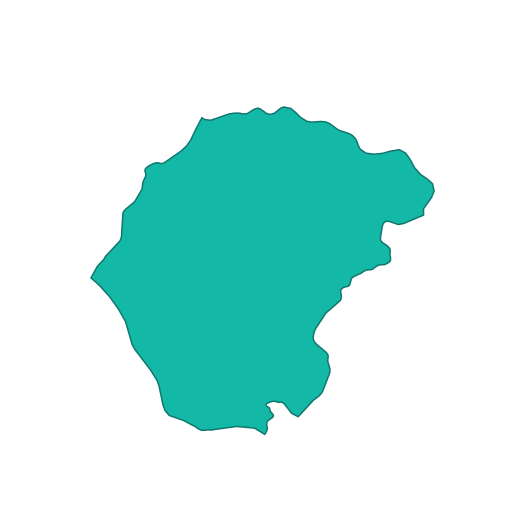 the Province of Phetchaburi, rotated 132°
{"feature_id": "THA-419", "entity_name": "Phetchaburi", "entity_type": "Province", "adm_level": 1, "iso_a3": "THA", "parent_name": "Thailand", "parent_adm1": "", "projection": "mercator", "projection_center": [99.57, 12.939], "detail": "fine", "context": "isolated", "style": "filled", "palette": "teal", "viewbox_px": 512, "rotation_deg": 132, "n_neighbors": 0, "source": "natural_earth", "source_scale": "10m", "svg_char_len": 2932}
<svg xmlns="http://www.w3.org/2000/svg" viewBox="0 0 512 512"><g transform="rotate(132 256 256)"><path d="M189.4,388.7L188.9,385.5L185.6,380.6L168.4,371.0L164.6,367.9L161.2,364.3L159.0,360.6L156.4,357.9L148.2,355.6L144.9,353.6L143.8,350.7L143.0,343.5L141.4,340.3L137.8,337.9L129.8,336.6L126.7,335.1L123.1,329.0L122.8,322.6L123.2,315.8L121.9,308.4L119.3,304.3L112.4,297.6L109.6,293.7L108.4,290.2L107.3,279.2L102.7,268.4L101.9,265.2L102.3,260.5L103.6,257.2L105.4,254.1L106.9,250.0L106.0,243.1L101.2,236.2L94.7,230.4L88.8,226.7L81.1,220.7L79.4,213.5L81.3,205.5L84.3,197.1L85.3,188.1L84.2,180.1L84.2,173.2L88.4,167.2L95.0,164.7L108.8,163.1L113.5,158.8L119.4,161.6L133.0,168.0L137.3,171.3L137.9,172.4L140.7,179.2L142.5,182.1L144.1,182.9L145.5,183.2L146.9,183.0L148.1,182.6L149.3,182.1L159.2,175.7L160.1,175.0L160.7,174.0L161.2,173.0L161.4,171.7L161.3,170.3L160.7,166.1L160.6,164.5L160.7,163.1L161.0,161.7L161.5,160.7L162.3,159.7L165.0,157.7L165.8,156.9L166.6,155.7L167.7,154.5L169.2,153.2L170.6,152.9L171.9,153.0L175.7,154.3L176.7,155.0L179.1,157.5L180.0,158.2L180.9,158.8L182.1,159.3L187.5,160.5L188.6,161.0L190.4,162.4L191.1,163.3L192.1,164.2L193.2,164.9L196.6,166.0L198.1,166.3L205.8,169.5L207.9,170.0L209.5,169.8L211.7,168.5L215.0,167.0L216.4,167.1L217.6,167.8L218.8,168.7L220.7,169.9L222.4,170.3L223.9,170.3L225.1,169.8L226.0,169.1L226.8,168.2L227.4,167.2L228.3,166.2L229.4,165.1L231.4,163.9L232.9,163.6L251.5,165.9L269.8,163.1L272.1,162.5L276.5,160.3L278.3,159.0L279.2,158.1L279.8,157.2L280.3,156.1L280.7,154.8L281.1,151.9L280.7,139.9L280.8,138.5L281.1,137.1L281.6,135.9L282.4,135.1L285.3,133.1L286.2,132.3L289.9,126.3L290.6,125.4L291.4,124.6L293.3,123.1L312.1,115.9L314.7,115.5L317.8,115.5L324.7,116.8L347.2,117.1L349.1,124.2L347.0,135.6L347.1,138.2L347.8,139.7L348.9,140.4L349.8,141.6L351.2,144.5L352.3,146.0L353.8,147.0L357.2,148.9L358.7,149.3L359.8,149.0L360.4,148.1L360.4,146.9L360.1,145.9L359.9,144.8L360.3,143.7L361.6,141.7L362.0,140.6L362.3,137.8L362.7,136.5L363.6,135.9L364.8,135.7L370.1,136.8L371.5,136.8L372.7,136.4L373.7,135.7L374.4,134.9L375.8,133.0L376.9,132.0L377.7,131.4L381.3,130.4L382.7,130.2L384.9,141.9L395.8,156.5L416.0,173.5L417.1,175.2L419.5,177.2L422.0,179.8L423.1,183.4L423.4,186.6L426.8,200.0L432.6,213.9L431.7,220.1L428.7,225.8L417.2,241.4L414.7,246.4L411.3,257.9L406.5,283.6L404.6,288.9L392.0,309.1L387.4,323.1L384.2,337.7L382.6,352.7L382.7,364.0L370.7,366.8L368.3,367.0L360.8,366.8L356.6,367.6L335.6,367.2L332.6,368.4L330.9,369.4L329.7,370.4L328.9,371.1L313.5,383.3L312.5,383.9L310.5,384.2L307.8,384.1L297.3,382.6L295.3,382.8L283.0,385.4L281.5,386.1L279.8,387.4L277.8,388.8L275.4,389.9L270.7,391.3L269.6,391.9L268.8,392.8L267.5,394.8L266.8,395.7L265.8,396.4L263.9,396.5L261.3,396.1L255.9,394.1L253.7,392.6L252.3,391.3L251.3,389.1L250.6,388.2L249.7,387.4L248.6,386.8L247.3,386.4L228.2,381.9L220.3,381.2L213.7,382.1L200.3,386.0L189.4,388.7Z" fill="#14b8a6" stroke="#0f766e" stroke-width="1.5"/></g></svg>